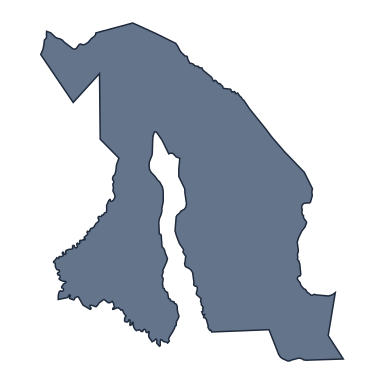 outline of Lucerna, Ocotepeque, Honduras
{"feature_id": "27666195B25716596314577", "entity_name": "Lucerna", "entity_type": "district", "adm_level": 2, "iso_a3": "HND", "parent_name": "Honduras", "parent_adm1": "Ocotepeque", "projection": "equal_earth", "projection_center": [-89.0, 14.594], "detail": "fine", "context": "isolated", "style": "filled", "palette": "slate", "viewbox_px": 384, "rotation_deg": 0, "n_neighbors": 0, "source": "geoboundaries", "source_scale": "gbopen_adm2", "svg_char_len": 5911}
<svg xmlns="http://www.w3.org/2000/svg" viewBox="0 0 384 384"><path d="M312.5,188.8L304.3,172.3L284.2,151.4L271.6,136.8L266.1,129.4L249.5,108.8L243.9,100.4L242.4,99.3L241.3,97.4L239.6,95.9L237.6,93.0L236.5,93.5L235.5,93.5L235.1,92.2L234.3,91.5L233.4,92.0L232.5,91.6L231.9,92.0L231.2,90.9L230.9,89.5L230.5,89.2L223.5,88.4L223.0,87.9L222.7,86.4L219.7,83.5L218.8,83.8L218.2,83.5L215.9,80.6L214.9,80.3L214.0,81.2L213.1,80.9L212.4,78.8L211.6,77.3L203.5,70.6L202.5,69.4L202.1,68.0L198.9,67.6L198.6,66.5L194.8,65.8L193.2,64.1L191.4,63.4L189.8,63.2L187.7,59.1L187.5,57.4L187.1,56.5L186.5,56.1L185.0,56.0L181.7,52.9L179.9,50.5L178.0,46.7L175.7,43.3L155.0,33.1L132.7,23.0L95.9,32.9L95.4,35.1L93.8,36.9L91.8,38.1L88.3,42.2L85.7,44.0L83.9,44.7L82.2,44.6L80.9,44.0L79.3,44.4L76.5,48.2L74.9,49.2L72.9,48.8L64.3,42.2L62.2,40.0L60.2,38.9L57.3,38.2L55.6,37.4L50.7,32.8L46.6,31.3L46.4,34.9L46.6,36.5L46.4,37.9L44.4,40.1L43.8,45.4L42.9,49.5L40.7,54.5L73.2,102.5L99.5,73.6L100.2,139.2L118.9,158.1L116.5,164.8L115.9,170.2L115.2,173.4L114.6,174.8L113.1,176.3L112.6,178.2L112.6,179.7L113.6,180.9L113.9,181.7L113.7,182.5L112.8,184.2L113.4,187.8L112.9,190.9L114.5,194.1L114.9,195.9L114.9,197.4L113.6,199.9L112.1,201.2L110.7,201.3L110.3,200.7L110.3,199.7L109.9,199.4L108.7,200.7L106.6,205.4L106.7,210.1L106.4,212.3L104.6,212.9L103.3,214.9L102.0,215.1L101.0,216.6L99.1,216.4L98.3,216.8L98.0,218.2L99.0,220.1L98.6,221.3L95.9,223.6L93.6,227.5L90.6,228.6L89.4,231.5L88.8,231.7L87.7,231.2L87.2,231.6L87.0,232.4L87.7,233.6L87.6,234.4L84.2,237.3L84.3,238.1L85.2,238.8L85.1,239.7L84.5,239.9L83.4,239.5L81.9,240.5L80.2,240.3L79.6,241.1L79.9,242.8L79.5,243.8L78.8,244.0L77.6,243.1L77.0,243.4L76.7,244.6L77.5,246.3L77.1,247.4L76.1,247.9L75.3,247.8L74.8,247.2L74.2,245.6L73.1,245.4L72.5,246.2L72.6,248.1L72.1,249.1L68.7,249.4L66.1,250.4L65.6,251.5L66.0,253.6L65.3,254.5L64.2,254.1L63.5,252.3L62.7,252.2L62.2,253.3L63.2,254.7L63.0,255.8L61.4,256.6L59.3,256.5L58.9,257.0L58.8,258.1L58.3,258.5L56.8,257.7L55.4,259.9L53.6,261.5L53.6,262.5L54.7,262.9L55.2,263.5L55.4,266.7L56.5,269.1L57.3,269.9L58.9,269.9L59.5,270.7L59.4,271.9L57.9,272.6L57.4,273.7L58.0,275.0L59.5,275.3L60.1,276.1L60.2,277.2L59.2,278.4L59.2,279.3L61.4,280.6L63.5,281.3L65.5,281.4L66.0,282.0L65.7,282.6L63.5,284.1L61.6,286.8L61.8,287.9L62.9,288.2L63.4,288.8L63.5,289.8L63.2,290.7L62.2,291.3L60.3,290.8L59.1,291.9L58.3,295.5L58.2,299.5L67.6,297.6L68.3,296.9L68.9,295.3L69.7,294.8L70.2,295.1L70.5,295.8L69.5,297.3L69.7,298.5L73.5,299.9L74.3,299.6L74.8,298.2L75.6,297.4L78.2,296.6L83.0,305.1L90.2,309.4L90.8,309.1L91.1,308.3L90.8,307.6L89.9,306.5L89.9,305.8L90.2,305.2L91.4,305.2L96.0,306.8L97.6,305.2L99.0,303.0L103.6,299.5L104.3,299.7L108.2,302.8L110.3,302.6L111.8,301.5L112.4,301.4L113.5,303.3L114.3,306.7L113.9,307.7L112.7,308.3L112.8,309.4L113.4,309.4L117.3,307.7L119.3,308.4L121.0,310.2L122.3,309.8L124.2,313.9L125.9,315.6L125.9,316.2L125.0,317.3L124.7,318.6L124.5,320.4L124.9,321.5L126.2,322.0L127.5,322.0L128.3,321.4L128.9,319.9L129.7,319.9L130.1,321.2L129.9,324.9L130.1,325.4L131.6,324.7L132.0,323.9L132.1,322.4L132.8,322.3L133.2,323.2L133.3,325.6L134.0,327.6L135.0,329.4L136.3,330.6L139.1,329.8L140.0,330.1L141.2,331.4L142.2,331.6L142.9,331.1L143.6,329.6L144.5,329.2L145.3,329.8L145.8,331.6L146.5,332.5L147.4,332.6L148.3,331.7L148.9,331.7L149.1,332.6L148.6,334.6L148.9,337.1L152.1,341.8L154.1,340.8L155.6,339.3L156.4,339.2L157.0,340.7L156.6,342.2L156.7,343.1L158.8,345.7L159.7,346.2L160.3,345.4L160.2,342.0L160.5,340.4L160.9,339.5L161.8,339.8L163.4,341.5L166.9,342.3L167.6,343.1L169.3,341.3L168.7,339.5L169.0,337.7L173.0,331.2L174.5,328.3L175.0,326.5L176.2,325.3L176.4,321.7L178.3,318.3L179.0,316.1L177.9,313.0L177.3,309.6L177.2,306.6L176.8,305.2L175.9,303.9L174.5,303.4L174.2,301.9L170.8,300.9L170.2,299.1L168.6,298.5L167.5,292.4L165.6,291.4L164.8,290.3L164.2,288.5L163.1,288.0L162.8,287.0L163.0,285.5L162.4,284.4L163.2,278.9L163.0,278.0L162.2,277.1L162.0,275.8L163.2,271.8L162.8,270.5L166.7,261.6L167.5,258.6L165.5,253.6L164.5,250.1L163.6,248.4L162.4,247.2L162.0,246.2L161.2,235.2L160.6,234.3L159.3,234.0L158.8,222.1L159.5,218.4L161.1,214.6L161.9,211.2L161.9,208.1L163.3,201.2L163.2,191.4L162.8,188.5L162.1,186.4L159.7,182.0L157.5,179.9L155.0,176.4L151.1,172.3L149.5,169.4L149.1,165.5L149.3,162.1L152.0,155.2L152.3,152.8L152.8,137.8L153.5,134.6L154.4,132.0L156.1,131.9L157.5,133.5L162.0,140.1L168.8,153.9L170.7,153.1L173.0,153.5L176.2,156.9L179.8,158.3L178.8,168.8L178.8,176.5L184.8,188.9L184.9,192.9L186.5,203.8L185.8,207.2L184.5,209.1L180.8,211.2L179.7,213.0L177.3,215.0L176.2,216.6L175.0,230.8L176.6,236.3L179.4,243.5L183.4,249.3L183.5,250.3L183.0,251.6L183.1,252.4L185.8,256.3L185.4,258.3L185.2,261.1L184.6,263.4L185.0,265.7L186.0,267.0L188.4,268.0L190.5,269.5L191.7,271.0L192.6,272.6L193.9,282.0L193.7,285.0L195.1,286.2L196.6,286.3L197.3,287.5L197.3,289.4L196.3,293.2L196.3,294.0L197.0,295.0L201.1,298.6L200.5,301.5L201.3,302.8L201.3,304.7L203.3,307.4L202.6,308.3L203.0,310.9L202.4,311.5L201.7,311.7L202.9,314.9L204.6,314.5L203.9,315.8L203.6,317.4L204.1,317.8L205.2,317.9L206.4,319.5L208.2,326.0L208.0,327.5L209.7,330.3L210.8,330.0L211.6,332.0L269.0,329.7L278.7,354.5L280.6,357.3L282.6,358.7L287.8,361.0L289.8,360.9L291.3,360.1L298.9,358.1L302.1,358.8L303.6,359.9L306.1,360.2L343.3,359.0L328.2,335.6L335.3,292.6L332.7,294.6L328.6,296.0L316.5,294.9L314.1,294.3L312.3,295.3L311.2,295.2L307.0,292.0L305.6,289.6L303.9,288.8L302.3,287.2L300.7,285.0L300.1,282.8L298.3,280.6L297.3,278.8L297.7,277.1L298.8,276.2L300.1,275.9L300.8,274.4L299.8,264.1L298.7,260.7L297.7,259.9L297.4,259.3L297.8,257.5L297.4,254.1L298.2,252.2L298.3,250.1L297.2,242.0L298.9,237.0L301.9,230.9L305.0,227.0L306.6,222.6L306.0,221.1L303.9,218.4L303.5,217.3L303.5,215.5L302.5,214.7L302.1,213.9L301.9,211.9L302.3,209.5L301.7,207.8L301.7,206.4L302.4,204.8L303.7,203.5L306.2,203.0L309.3,203.0L310.4,202.3L312.3,195.8L311.9,192.5L312.1,190.3L312.5,188.8Z" fill="#64748b" stroke="#1e293b" stroke-width="1.5"/></svg>